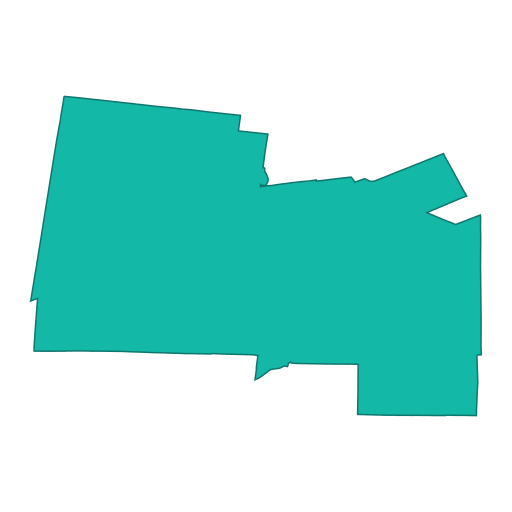 outline of Unirea, Dolj, Romania
{"feature_id": "2599482B28955327165277", "entity_name": "Unirea", "entity_type": "district", "adm_level": 2, "iso_a3": "ROU", "parent_name": "Romania", "parent_adm1": "Dolj", "projection": "robinson", "projection_center": [23.169, 44.16], "detail": "fine", "context": "isolated", "style": "filled", "palette": "teal", "viewbox_px": 512, "rotation_deg": 0, "n_neighbors": 0, "source": "geoboundaries", "source_scale": "gbopen_adm2", "svg_char_len": 5922}
<svg xmlns="http://www.w3.org/2000/svg" viewBox="0 0 512 512"><path d="M481.3,354.8L481.3,353.4L481.0,347.4L481.1,318.7L480.5,265.7L480.7,239.3L480.5,225.9L480.5,223.3L480.6,216.8L480.4,215.9L480.3,215.0L455.7,224.5L443.3,219.6L426.8,212.6L432.0,210.4L444.9,205.0L457.8,199.5L466.7,196.0L463.7,190.9L459.9,184.0L455.0,174.9L445.9,158.4L443.6,154.0L443.4,153.6L437.6,155.9L429.9,159.0L423.4,161.6L419.4,163.2L415.5,164.7L410.2,166.9L399.4,171.1L392.6,173.8L385.9,176.6L380.1,178.8L375.1,180.8L373.3,181.3L371.3,181.4L369.7,181.1L367.7,180.1L366.0,179.3L365.1,178.9L364.3,178.8L362.6,179.4L359.3,180.6L356.4,181.6L354.9,182.2L354.7,181.8L351.3,177.2L350.8,177.1L340.8,178.2L323.7,180.3L316.2,181.1L316.3,180.0L315.2,180.1L312.3,180.5L309.1,181.0L306.9,181.2L303.9,181.4L298.0,182.0L293.5,182.5L291.1,182.8L288.6,183.1L286.3,183.5L284.1,183.7L281.1,184.1L277.4,184.6L271.8,185.5L268.4,185.7L260.4,186.6L260.6,184.6L261.1,185.2L261.9,185.3L263.2,185.3L264.8,185.4L265.8,185.4L267.0,183.4L267.7,182.0L268.0,180.8L268.2,179.7L268.1,178.9L267.9,178.0L267.2,176.1L266.2,173.8L265.1,172.1L264.8,171.6L264.8,171.2L264.7,170.2L264.8,169.0L264.7,168.2L264.4,167.9L263.8,167.8L263.0,167.7L264.5,156.2L265.8,146.9L267.9,134.1L238.4,130.9L240.5,115.4L226.4,113.9L220.2,113.2L211.5,112.3L207.2,111.8L200.1,110.9L196.3,110.4L188.3,109.5L182.5,109.2L174.9,108.1L156.7,106.4L152.0,105.9L150.6,105.7L148.7,105.5L146.9,105.3L144.5,105.0L137.6,104.2L136.3,104.2L135.8,104.0L130.5,103.4L124.4,102.8L79.1,97.8L64.4,96.4L64.2,96.6L64.1,96.8L63.9,97.4L63.0,104.0L62.4,106.8L62.0,109.7L61.5,112.1L60.4,119.8L56.7,139.9L50.4,179.0L43.3,223.3L43.0,225.3L42.7,227.7L42.1,231.0L41.7,233.5L41.2,236.7L40.8,239.2L40.3,242.3L39.6,246.6L39.1,249.7L38.5,253.1L38.1,255.9L37.6,259.1L36.9,262.8L36.5,265.9L35.3,272.9L34.5,277.6L33.9,281.6L33.3,285.1L32.4,290.6L31.0,299.0L30.9,300.3L30.8,300.7L30.7,300.9L31.6,300.6L35.1,299.3L37.6,298.4L37.6,299.0L37.4,300.7L37.3,302.4L37.2,304.2L37.0,305.9L36.9,307.6L36.8,309.4L36.6,311.1L36.5,312.7L36.2,316.7L36.2,317.2L36.1,317.6L36.1,318.0L36.1,318.4L36.0,318.9L36.0,319.3L36.0,319.8L35.9,320.2L35.9,320.6L35.8,321.1L35.8,321.5L35.8,321.9L35.7,322.4L35.7,322.8L35.7,323.2L35.7,323.7L35.6,324.8L35.4,326.8L35.4,327.8L35.3,328.8L35.2,329.8L35.2,330.8L35.1,331.9L35.0,332.9L34.9,334.9L34.8,336.0L34.8,337.0L34.7,338.0L34.6,339.1L34.5,340.1L34.5,341.1L34.4,342.1L34.3,343.1L34.2,345.5L34.0,350.8L34.2,351.1L34.4,351.1L36.7,351.1L43.8,351.2L65.6,351.1L66.0,351.0L67.5,350.9L68.8,351.0L69.9,351.0L71.6,351.0L73.1,350.9L74.5,350.9L75.0,350.9L75.5,350.9L75.8,350.9L77.0,350.9L79.0,350.9L80.1,350.9L80.9,350.9L81.6,350.9L82.3,350.9L82.7,351.0L83.3,351.0L83.7,350.9L84.1,350.9L84.8,350.9L85.4,351.0L86.0,351.0L86.6,351.0L86.9,351.0L87.4,351.0L88.2,351.0L89.0,351.0L89.9,351.1L91.4,351.1L91.7,351.1L98.7,351.1L113.1,351.3L122.3,351.4L130.7,351.8L144.9,352.2L152.6,352.6L157.4,352.7L158.1,352.7L158.6,352.7L160.1,352.7L161.5,352.8L162.9,352.8L164.2,352.8L166.4,352.9L168.5,353.0L171.4,353.1L172.8,353.1L173.9,353.2L175.0,353.2L176.0,353.2L178.2,353.3L180.3,353.4L182.2,353.4L183.4,353.5L185.5,353.6L187.6,353.6L189.7,353.6L191.3,353.6L194.1,353.6L196.0,353.7L197.5,353.7L199.3,353.8L202.3,353.8L204.5,353.8L205.3,353.9L206.0,353.9L206.9,353.9L208.1,353.9L209.2,354.0L209.7,354.0L210.5,354.0L210.9,353.9L211.7,353.7L212.4,353.6L213.5,353.6L214.3,353.6L215.7,353.7L217.6,353.8L218.8,353.8L220.2,353.9L220.9,354.0L221.9,354.0L223.8,354.0L224.8,354.0L225.3,354.1L225.9,354.1L226.6,354.2L227.7,354.2L228.8,354.2L230.0,354.2L231.3,354.3L232.2,354.2L233.2,354.3L234.2,354.3L235.4,354.3L236.6,354.4L237.7,354.4L238.6,354.4L239.5,354.5L240.3,354.4L241.4,354.5L242.0,354.5L242.6,354.4L243.3,354.5L243.7,354.5L244.7,354.6L245.3,354.6L246.1,354.6L246.5,354.4L247.1,354.7L247.8,354.7L248.8,354.6L249.4,354.6L250.1,354.7L250.8,354.7L251.4,354.7L252.5,354.7L253.3,354.9L254.1,355.0L254.6,355.0L255.3,355.1L255.7,355.2L256.1,355.3L256.5,355.5L256.8,355.5L257.6,355.4L257.9,355.4L257.7,357.3L257.5,358.5L257.2,360.8L256.8,363.6L256.5,365.9L256.3,368.1L256.6,368.1L255.8,373.9L255.0,379.8L255.7,379.5L259.4,377.8L266.0,373.0L269.0,370.4L271.1,369.5L274.3,368.9L279.3,368.3L281.2,367.6L283.9,366.0L287.5,366.6L288.5,363.2L290.5,361.9L291.0,362.7L292.0,363.2L299.3,363.5L328.3,364.0L348.7,364.1L357.9,364.2L357.9,364.5L358.1,364.9L358.1,365.9L358.1,369.4L358.0,379.3L358.0,390.8L357.6,414.4L358.7,414.4L359.3,414.5L359.9,414.5L360.5,414.5L361.1,414.5L361.7,414.5L362.3,414.6L363.0,414.6L363.7,414.6L364.3,414.6L365.0,414.6L365.7,414.6L366.4,414.7L367.1,414.7L367.8,414.7L368.4,414.7L369.1,414.7L369.8,414.8L370.4,414.8L371.0,414.8L371.6,414.8L372.3,414.8L372.9,414.8L373.6,414.9L374.9,414.9L375.6,414.9L376.3,414.9L376.9,415.0L377.6,415.0L378.3,415.0L379.0,415.0L379.7,415.0L380.4,415.0L381.0,415.0L381.7,415.1L382.3,415.1L382.9,415.1L383.6,415.1L384.2,415.1L384.9,415.1L385.5,415.1L386.1,415.2L386.8,415.2L387.4,415.2L387.8,415.2L388.4,415.2L388.9,415.2L389.5,415.2L390.1,415.2L390.7,415.2L391.4,415.2L392.1,415.2L392.7,415.2L393.4,415.2L394.1,415.2L394.8,415.2L396.5,415.3L398.0,415.3L399.7,415.3L403.3,415.3L408.7,415.3L410.5,415.4L412.3,415.4L413.9,415.3L415.6,415.3L417.2,415.3L418.9,415.3L420.5,415.4L422.2,415.4L423.9,415.4L425.6,415.4L427.4,415.4L429.2,415.4L432.8,415.5L434.6,415.5L436.3,415.5L439.9,415.5L441.6,415.5L443.4,415.5L445.2,415.5L445.4,415.5L445.6,415.5L445.7,415.4L445.9,415.4L446.0,415.3L446.1,415.2L448.3,415.2L449.1,415.2L449.9,415.2L450.7,415.3L452.3,415.3L454.3,415.3L454.7,415.3L455.5,415.3L456.4,415.3L457.4,415.4L458.3,415.4L459.2,415.4L460.1,415.4L461.0,415.4L461.9,415.4L462.8,415.4L464.5,415.4L465.5,415.4L467.3,415.4L468.2,415.4L469.0,415.5L470.0,415.5L471.9,415.5L472.8,415.5L473.7,415.5L474.6,415.5L476.4,415.6L476.5,409.4L477.0,397.7L477.4,388.4L477.8,382.7L476.9,355.7L477.1,355.2L477.7,354.9L478.5,354.9L479.3,354.9L480.3,354.9L481.1,354.9L481.3,354.8Z" fill="#14b8a6" stroke="#0f766e" stroke-width="1.5"/></svg>